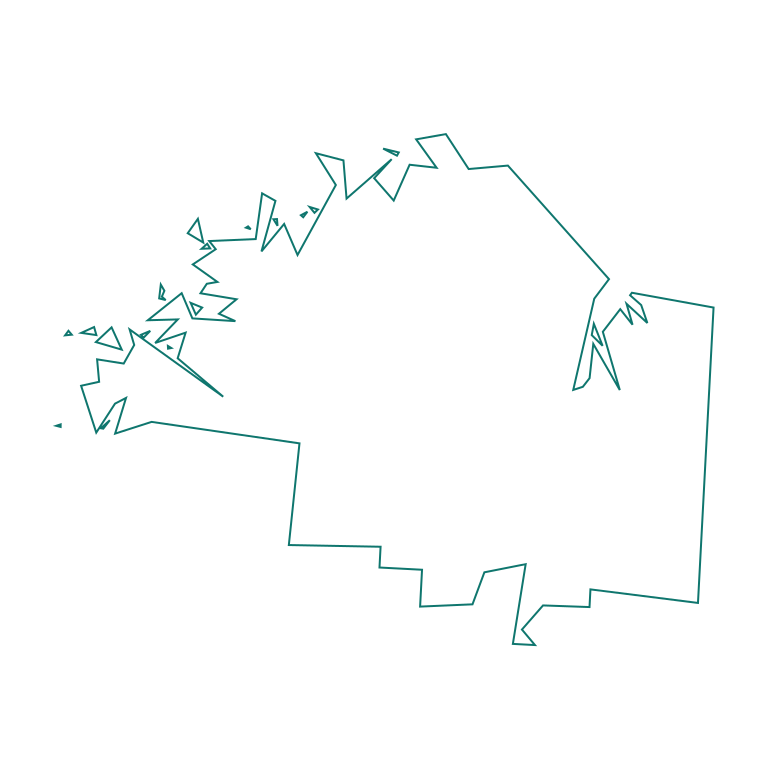 the district of Wyndham-East Kimberley, Western Australia, Australia, rotated 3°
{"feature_id": "25037944B52727077839859", "entity_name": "Wyndham-East Kimberley", "entity_type": "district", "adm_level": 2, "iso_a3": "AUS", "parent_name": "Australia", "parent_adm1": "Western Australia", "projection": "mercator", "projection_center": [125.999, -15.512], "detail": "medium", "context": "isolated", "style": "outline", "palette": "teal", "viewbox_px": 768, "rotation_deg": 3, "n_neighbors": 0, "source": "geoboundaries", "source_scale": "gbopen_adm2", "svg_char_len": 1963}
<svg xmlns="http://www.w3.org/2000/svg" viewBox="0 0 768 768"><g transform="rotate(3 384 384)"><path d="M494.1,566.8L534.9,556.5L526.3,636.8L548.4,636.8L534.6,622.0L554.4,596.8L600.9,596.0L600.9,578.3L709.0,586.2L709.1,290.4L626.8,279.9L625.1,282.5L636.7,291.7L643.8,309.3L622.0,291.2L629.1,311.8L616.0,296.9L599.8,320.4L619.8,377.7L590.9,333.0L589.0,367.4L582.7,376.4L573.3,380.0L589.5,287.8L603.2,267.5L496.3,159.4L457.3,164.9L432.7,131.2L403.3,138.0L425.2,165.3L398.1,163.7L384.1,200.3L363.4,179.0L379.9,159.1L336.9,200.8L331.8,162.8L303.9,157.1L325.5,187.8L290.9,259.7L275.9,229.4L254.7,258.0L266.0,206.8L252.3,200.0L248.3,246.0L202.0,250.4L208.9,258.2L186.8,274.6L212.3,290.8L201.8,293.2L196.0,303.0L232.3,307.1L215.5,322.5L232.3,329.0L189.2,328.5L177.2,303.9L144.8,332.7L174.7,330.3L153.3,355.0L183.2,343.1L176.6,369.1L224.1,405.1L127.1,342.8L132.5,358.1L123.0,377.2L96.2,374.4L99.4,396.7L81.6,401.6L99.2,447.6L116.4,417.7L127.1,411.4L118.1,447.6L153.9,434.0L302.7,447.7L297.4,549.8L389.1,546.7L389.1,567.5L431.7,567.5L431.7,604.4L483.9,599.4L494.1,566.8ZM94.1,357.2L120.3,363.4L109.0,341.7L94.1,357.2ZM180.1,243.7L196.1,252.2L189.5,228.8L180.1,243.7ZM588.9,324.3L600.3,334.4L590.4,312.9L588.9,324.3ZM79.0,348.8L94.2,350.2L91.5,342.3L79.0,348.8ZM198.4,317.2L186.7,313.1L192.5,324.6L198.4,317.2ZM155.0,310.3L161.6,311.6L157.6,308.4L159.8,302.4L155.9,296.4L155.0,310.3ZM147.8,343.2L138.7,347.6L141.6,350.2L147.8,343.2ZM370.8,149.0L385.0,155.3L386.6,152.0L370.8,149.0ZM308.9,213.2L300.5,211.1L305.6,216.7L308.9,213.2ZM106.0,443.3L112.1,434.5L103.6,443.0L106.0,443.3ZM265.0,225.3L269.4,231.6L268.5,224.9L265.0,225.3ZM240.0,233.7L238.0,235.1L242.8,236.4L240.0,233.7ZM169.7,359.2L166.2,357.3L166.5,360.0L169.7,359.2ZM69.6,351.1L66.1,347.4L63.0,352.1L69.6,351.1ZM203.3,257.7L200.1,253.2L194.8,258.5L203.3,257.7ZM63.2,441.2L58.9,442.9L63.3,443.8L63.2,441.2ZM298.5,216.0L292.2,219.8L294.6,221.7L298.5,216.0Z" fill="none" stroke="#0f766e" stroke-width="2"/></g></svg>